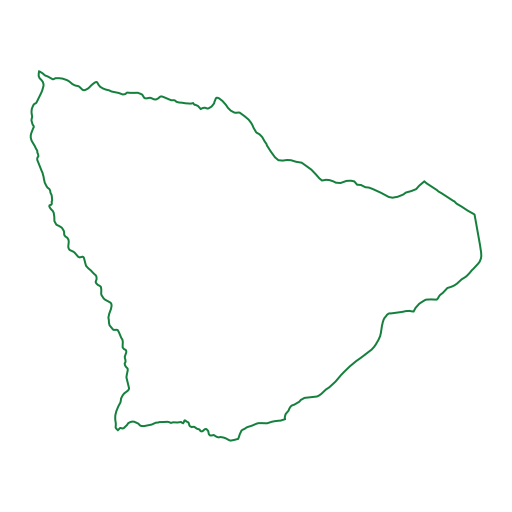 outline of Consacá, Nariño, Colombia
{"feature_id": "7082276B44735629456030", "entity_name": "Consacá", "entity_type": "district", "adm_level": 2, "iso_a3": "COL", "parent_name": "Colombia", "parent_adm1": "Nariño", "projection": "robinson", "projection_center": [-77.462, 1.209], "detail": "fine", "context": "isolated", "style": "outline", "palette": "green", "viewbox_px": 512, "rotation_deg": 0, "n_neighbors": 0, "source": "geoboundaries", "source_scale": "gbopen_adm2", "svg_char_len": 5911}
<svg xmlns="http://www.w3.org/2000/svg" viewBox="0 0 512 512"><path d="M54.4,221.1L55.8,223.7L56.5,224.8L59.1,226.0L61.5,227.5L62.1,228.1L63.8,230.9L64.1,232.2L64.2,234.4L64.4,235.2L65.3,236.4L67.3,237.8L67.9,238.7L68.5,239.9L68.7,241.2L68.7,242.6L68.3,245.9L68.3,247.2L68.8,248.7L69.2,249.4L69.9,250.1L73.0,251.5L74.5,252.5L78.3,256.9L79.7,257.4L82.6,256.7L83.4,257.1L84.0,258.1L85.4,263.6L86.1,265.9L88.2,268.2L90.9,270.5L93.3,273.1L95.8,275.4L96.2,276.0L96.5,277.3L96.6,279.1L95.8,281.4L95.7,282.0L95.9,282.7L96.4,283.5L97.8,284.9L99.3,285.6L100.6,286.6L100.9,287.0L101.3,289.6L101.2,294.0L101.4,294.8L102.0,295.9L103.7,298.5L104.4,299.1L105.1,299.7L109.9,302.3L110.8,303.0L111.4,304.1L111.6,305.7L111.2,307.8L111.0,308.9L109.2,313.8L108.4,317.6L108.8,319.8L109.0,322.9L109.4,324.7L109.7,325.5L113.0,329.5L113.5,329.8L114.2,329.9L116.7,329.8L117.7,330.1L118.9,332.2L121.1,337.5L122.5,339.9L122.8,341.9L122.6,347.0L122.9,347.8L124.0,349.1L125.5,349.8L126.0,350.3L126.2,350.8L126.3,351.8L126.2,352.6L124.8,356.6L124.9,358.2L125.4,359.7L125.5,361.2L125.5,361.9L124.7,363.4L124.9,365.0L125.2,365.6L126.0,366.9L127.5,368.4L127.7,369.0L127.7,370.5L126.9,374.2L126.4,377.3L129.0,388.0L129.0,388.7L128.7,389.6L127.8,390.7L124.2,393.4L122.7,395.3L121.1,398.4L120.8,400.7L120.4,402.5L118.3,406.4L116.3,411.3L115.3,415.4L115.2,419.2L115.8,423.4L115.8,425.3L115.6,427.3L116.0,428.2L116.5,428.9L117.9,430.2L120.1,428.0L120.8,428.0L122.5,428.5L123.3,428.3L123.9,428.0L127.1,424.9L128.1,423.3L128.7,422.9L130.5,422.0L132.1,421.6L134.1,421.7L137.9,423.4L138.6,423.9L140.0,425.4L141.3,426.0L144.0,426.1L151.6,424.6L155.8,422.7L158.3,422.5L159.3,422.1L164.1,422.0L167.4,421.8L169.0,422.1L170.9,422.9L173.2,422.3L177.5,422.5L181.0,422.0L182.3,422.9L183.1,423.2L183.8,422.3L184.4,420.6L184.6,420.4L185.0,420.4L185.6,420.7L186.3,421.4L188.1,422.3L188.6,422.8L189.4,425.4L189.8,426.1L191.7,427.1L193.1,426.8L194.4,426.9L196.9,428.7L199.5,429.5L200.2,430.7L201.1,431.3L202.1,431.3L202.7,431.1L204.2,429.7L205.1,429.1L206.0,429.0L206.5,429.2L208.2,431.0L208.8,434.0L209.2,434.6L210.2,435.5L212.2,435.4L213.7,435.0L216.6,436.8L218.2,437.3L219.0,437.3L220.5,437.0L223.7,437.6L225.7,438.3L229.4,440.3L230.8,440.6L234.3,439.9L238.1,438.9L238.7,437.6L239.8,434.2L241.5,430.6L242.4,429.9L245.0,428.6L246.2,427.7L247.4,427.1L252.1,425.6L256.5,423.7L258.1,423.2L260.7,423.1L267.1,423.3L271.7,421.8L274.6,421.2L278.9,420.7L280.2,420.7L285.0,419.2L284.8,417.1L285.5,414.4L286.1,413.5L288.5,410.7L289.4,408.5L290.3,407.0L291.3,405.9L292.3,405.3L294.4,404.6L299.0,401.9L299.8,401.2L300.7,400.0L304.5,397.9L317.0,396.5L318.9,395.6L321.3,393.9L325.8,389.6L329.3,387.3L335.5,381.6L341.1,375.0L344.2,371.8L350.0,366.2L356.3,361.0L360.6,358.0L371.6,349.6L374.0,347.0L375.7,344.6L378.4,340.0L380.1,336.2L380.9,332.8L382.0,325.6L382.8,322.2L383.6,319.7L384.4,318.1L386.1,316.1L387.0,314.8L387.9,314.1L389.2,313.4L391.2,313.4L402.2,311.9L405.9,311.1L409.4,310.9L412.1,311.4L413.6,311.5L415.6,307.8L419.1,303.9L420.3,303.0L424.8,300.2L425.9,299.7L426.6,299.6L431.1,299.4L435.6,299.6L436.5,299.6L437.0,299.4L437.9,298.4L439.1,296.2L440.2,294.9L442.9,292.8L447.4,288.0L451.0,286.9L454.2,285.5L456.9,283.7L461.7,279.3L465.6,276.9L467.0,275.7L469.5,273.1L471.8,270.3L473.5,268.7L478.3,263.5L479.7,261.6L481.0,258.3L481.3,255.8L481.1,252.4L480.0,245.0L474.6,214.8L474.1,214.2L467.8,210.7L461.6,206.6L456.5,203.6L454.3,201.3L453.3,200.9L441.5,193.2L438.5,191.5L436.8,190.0L426.7,183.4L424.3,181.4L419.2,185.7L416.2,189.1L411.2,191.1L406.0,192.5L403.1,194.6L397.6,196.8L392.5,197.7L388.8,197.0L381.0,192.8L372.7,189.0L369.0,187.6L365.3,187.2L361.0,185.0L357.1,184.7L354.3,181.4L350.8,180.7L346.5,180.9L340.6,183.0L335.9,182.7L333.4,181.4L329.5,180.1L326.1,179.8L322.0,180.5L319.3,178.3L315.8,174.3L311.3,169.6L301.7,162.7L296.2,161.8L290.9,160.2L287.0,160.0L282.7,160.6L278.4,160.2L275.0,157.3L270.9,151.7L267.0,145.6L266.4,143.9L264.7,141.5L262.4,137.4L261.7,136.5L259.4,134.2L256.6,132.7L256.0,132.0L253.5,127.7L252.5,125.3L251.2,123.0L248.6,119.6L244.7,116.3L239.8,112.7L238.8,112.5L235.7,112.8L234.2,112.5L230.7,110.6L227.9,107.8L225.8,104.7L222.4,100.9L219.0,98.3L217.7,97.8L216.6,97.8L215.9,98.3L214.4,102.0L214.2,103.1L213.7,103.9L211.7,106.4L210.7,107.1L208.6,108.3L207.6,108.6L204.8,107.7L202.8,108.0L200.7,109.0L198.0,106.0L195.6,104.9L194.9,104.9L194.1,104.4L193.1,103.1L191.0,103.6L190.3,103.6L185.6,103.3L181.9,102.7L179.0,102.5L176.4,101.8L175.5,100.9L174.7,100.4L173.9,100.2L171.8,100.3L170.8,100.1L163.0,96.8L161.3,96.4L160.3,96.6L159.1,97.5L158.5,98.2L156.6,99.2L155.8,99.5L153.9,99.3L150.8,97.9L149.5,97.8L146.4,98.4L144.8,98.2L144.2,97.8L142.4,94.9L141.7,94.3L137.9,92.8L130.7,92.9L127.3,92.6L126.7,92.8L125.4,94.0L123.7,94.4L122.5,94.4L118.9,93.0L111.5,91.5L109.0,90.3L105.6,89.5L102.8,88.4L100.2,86.8L98.6,84.9L97.2,82.4L96.5,82.0L95.5,82.2L93.9,83.2L91.3,85.3L89.3,87.4L87.9,88.6L85.4,89.9L84.3,90.2L83.1,90.1L82.2,89.5L79.3,86.7L78.1,86.1L75.6,85.6L74.3,85.1L72.3,84.0L69.3,81.5L67.2,80.2L62.5,78.6L59.3,78.2L55.5,78.2L53.5,79.2L52.6,79.2L47.6,76.4L45.1,75.5L42.7,73.4L40.0,71.7L39.1,71.4L38.7,73.8L38.7,75.8L38.9,76.7L39.7,78.3L41.5,80.1L42.8,81.9L43.5,84.1L43.5,85.9L42.3,90.2L41.4,92.5L37.3,100.9L36.3,102.8L35.9,103.2L34.4,103.9L33.5,104.9L32.4,107.3L31.8,108.9L31.5,111.8L31.7,114.1L32.1,115.8L32.1,117.4L31.7,118.6L31.5,119.9L31.5,120.6L32.6,124.5L33.5,125.7L33.8,127.0L33.0,128.7L31.2,133.4L30.8,135.1L30.7,137.3L31.1,139.1L31.7,140.9L34.8,146.1L36.0,148.7L37.2,150.6L37.4,152.7L38.1,154.4L38.4,156.1L38.2,156.7L37.7,157.1L37.5,157.6L37.2,158.8L37.3,160.0L41.6,170.8L42.6,173.0L43.0,174.8L43.5,176.4L43.8,178.4L44.7,182.5L45.9,185.0L46.7,186.5L47.7,187.8L49.0,188.7L49.6,189.5L50.1,190.5L50.5,192.8L51.5,194.8L51.8,196.2L52.1,199.9L52.1,200.6L51.7,201.5L51.8,203.8L51.1,204.8L49.8,205.2L49.5,205.4L49.3,206.4L50.1,208.0L51.1,209.3L52.8,211.0L53.7,212.8L54.3,216.8L54.4,221.1Z" fill="none" stroke="#15803d" stroke-width="2"/></svg>